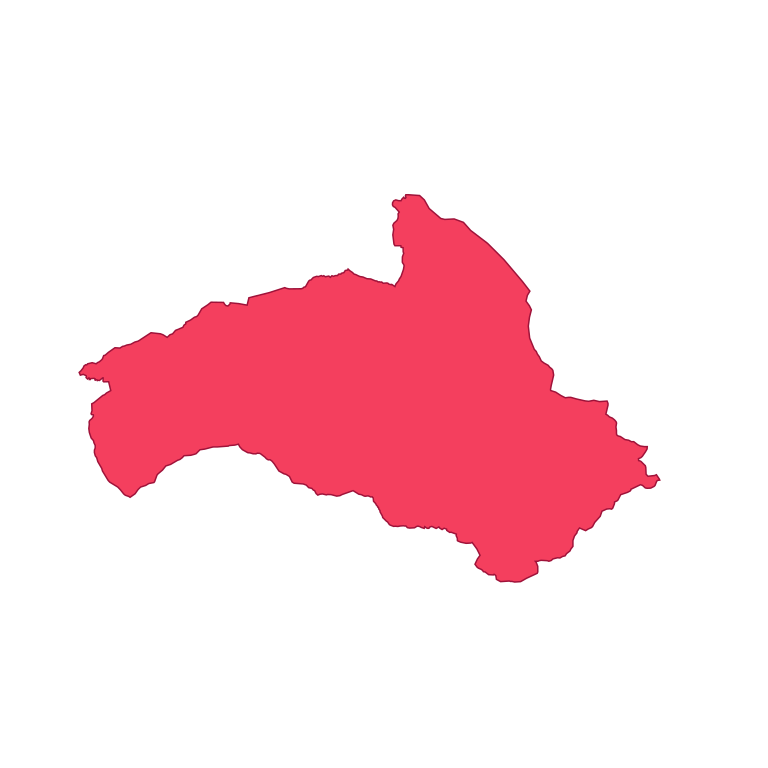 Frasin, Suceava, Romania (Albers equal-area conic projection), rotated 109°
{"feature_id": "2599482B18485783850003", "entity_name": "Frasin", "entity_type": "district", "adm_level": 2, "iso_a3": "ROU", "parent_name": "Romania", "parent_adm1": "Suceava", "projection": "albers", "projection_center": [25.81, 47.509], "detail": "fine", "context": "isolated", "style": "filled", "palette": "rose", "viewbox_px": 768, "rotation_deg": 109, "n_neighbors": 0, "source": "geoboundaries", "source_scale": "gbopen_adm2", "svg_char_len": 6162}
<svg xmlns="http://www.w3.org/2000/svg" viewBox="0 0 768 768"><g transform="rotate(109 384 384)"><path d="M573.8,587.2L568.8,583.6L563.9,582.2L560.7,580.6L557.5,576.3L554.7,574.0L552.1,569.5L551.0,569.1L544.1,569.0L542.5,568.4L537.5,565.4L532.5,563.6L529.5,559.6L523.4,554.4L521.8,552.4L519.4,550.8L516.9,549.7L514.3,543.5L512.2,540.4L511.1,539.0L506.1,536.6L503.9,532.3L499.2,525.2L497.8,521.2L493.4,511.0L492.6,510.3L490.3,505.1L488.3,502.1L490.5,499.7L492.2,496.5L493.1,491.6L493.3,490.3L492.8,488.5L492.6,485.1L491.7,482.3L490.7,481.3L490.1,479.2L490.1,478.2L491.9,472.8L493.0,470.8L493.4,468.8L492.7,467.0L493.5,464.6L495.3,461.7L500.5,455.0L501.5,449.3L501.3,447.3L502.2,443.3L506.6,438.9L507.1,436.7L504.8,427.8L504.9,424.5L506.5,421.5L506.2,418.2L507.3,416.3L507.4,414.9L509.7,412.5L510.6,410.4L509.1,408.7L508.0,406.4L507.6,402.4L506.8,401.3L505.8,398.0L505.4,392.2L503.9,389.3L502.1,387.6L494.9,378.5L496.4,372.0L496.0,369.4L496.4,366.2L496.2,365.1L494.9,362.6L495.1,359.7L494.5,358.5L495.3,357.1L498.3,355.7L499.8,352.9L500.8,352.0L501.8,350.2L502.4,349.9L502.5,349.1L504.0,348.1L504.8,346.8L506.3,346.0L509.3,342.6L510.7,341.7L513.0,336.9L513.2,335.8L515.2,333.1L515.4,331.9L515.5,328.6L514.8,327.0L514.2,324.5L513.0,322.5L511.7,319.4L511.6,318.4L511.1,317.1L512.2,315.1L511.9,312.9L510.0,308.3L508.0,306.7L507.3,305.6L507.2,303.3L507.5,302.2L507.4,299.0L505.6,299.0L506.3,296.8L506.2,295.4L505.7,294.5L504.3,294.1L503.3,292.8L503.1,292.0L503.6,287.7L501.3,285.6L502.1,284.4L502.7,281.7L500.8,280.2L500.9,277.5L502.0,277.0L502.9,273.6L502.3,272.1L502.4,266.7L503.9,266.4L505.9,264.5L508.2,263.6L508.4,263.0L508.6,259.9L507.9,254.5L506.1,250.1L505.1,249.1L509.7,242.5L514.7,237.4L519.1,238.7L524.8,239.3L526.9,236.3L527.4,234.7L527.6,231.9L528.1,230.2L529.1,228.9L528.8,227.2L530.2,223.0L528.9,218.4L528.3,218.2L528.1,217.5L528.9,215.8L532.1,214.1L532.9,209.4L529.5,201.4L529.5,200.0L529.0,198.8L528.7,196.0L526.4,190.5L521.3,186.0L513.1,177.5L511.6,177.4L506.3,179.3L503.0,182.1L502.4,183.1L501.5,180.8L500.3,179.4L499.5,177.9L497.9,172.1L497.9,170.4L496.5,168.5L494.4,167.3L491.8,163.4L491.2,161.0L488.9,159.0L487.5,156.8L485.0,156.2L481.3,153.8L479.3,153.6L476.0,152.5L470.5,154.4L465.7,154.4L461.9,153.1L460.5,153.4L456.5,152.3L457.0,145.6L454.6,143.7L452.3,141.2L450.9,140.4L446.3,139.7L438.7,136.5L433.3,136.5L429.8,132.8L428.5,130.1L428.2,128.0L426.9,127.3L422.3,127.1L420.5,127.6L418.6,125.6L417.5,125.0L411.6,124.2L407.2,118.5L405.0,116.4L404.0,116.1L403.2,116.3L395.7,108.7L395.7,106.6L397.2,103.1L396.9,101.2L395.6,97.9L392.9,95.3L391.7,94.7L387.0,94.5L386.0,93.8L385.1,92.0L384.2,92.8L381.1,96.9L382.4,98.3L385.3,104.4L384.0,106.8L377.7,109.3L376.2,110.3L373.6,115.7L373.4,116.9L373.5,118.3L371.7,119.1L370.1,117.2L368.3,116.2L363.0,114.7L359.8,114.1L357.5,114.7L358.4,117.3L359.2,121.5L358.8,124.4L357.2,129.1L358.0,131.3L357.5,134.3L358.1,138.1L356.7,143.4L356.9,145.7L356.6,146.8L356.1,147.6L354.5,148.3L352.4,149.0L349.1,150.7L345.2,151.4L344.1,152.3L342.9,154.3L341.9,157.0L341.7,160.2L340.7,162.4L340.3,164.4L331.1,165.3L329.4,165.9L327.5,167.5L330.5,174.6L331.1,180.3L333.7,184.8L334.5,188.3L335.5,197.2L335.8,203.0L336.6,205.3L338.0,208.1L337.3,213.0L335.8,219.0L335.9,224.3L334.8,224.8L331.0,225.4L320.3,226.5L316.1,228.8L315.0,230.4L314.2,232.8L312.9,234.8L312.1,239.4L311.0,242.8L307.6,246.1L305.7,248.8L303.7,250.6L302.3,253.2L293.2,261.2L282.3,266.4L273.4,268.2L265.9,268.8L262.7,272.0L259.4,276.7L253.5,277.3L248.7,276.3L242.0,286.5L227.4,311.1L217.3,331.9L210.6,352.1L205.3,361.5L205.1,371.4L208.6,380.1L209.0,384.2L203.4,398.4L196.8,405.8L194.2,411.7L197.2,422.9L198.0,425.0L199.2,425.0L200.4,424.0L201.5,424.2L201.7,425.0L201.0,426.2L203.4,427.3L205.2,427.6L205.9,429.9L206.1,432.8L207.7,434.5L209.9,434.9L211.9,434.3L213.1,433.0L213.4,431.0L216.5,425.6L218.6,426.1L220.6,425.2L222.9,424.7L225.2,425.0L228.7,427.0L231.0,427.3L234.7,425.2L240.1,424.2L248.5,420.1L249.7,418.7L247.8,413.1L249.2,412.3L248.9,410.3L252.8,408.9L254.0,407.9L257.8,408.0L262.1,406.6L263.2,406.1L264.5,404.4L265.6,403.5L269.4,402.9L276.7,402.9L279.8,403.7L281.7,403.8L285.6,405.3L288.3,405.4L287.3,409.1L287.7,409.3L288.0,412.0L287.5,412.9L287.5,414.1L289.0,417.6L288.3,419.4L288.7,419.9L288.9,421.7L289.4,422.8L288.9,424.4L289.3,425.6L289.0,430.7L290.0,434.4L289.7,438.7L290.2,441.6L290.1,443.4L289.7,446.5L289.9,447.8L288.8,450.2L288.0,453.2L287.0,455.4L288.1,455.5L289.3,457.6L291.8,458.2L293.2,460.4L294.2,460.6L294.8,462.6L296.6,463.3L297.4,465.4L298.6,466.7L298.6,468.5L300.6,469.5L299.9,471.3L301.7,474.4L301.2,476.2L302.1,477.0L301.9,478.6L303.8,481.0L304.1,482.7L306.3,485.5L309.5,487.0L310.1,488.1L311.2,488.7L317.6,489.9L318.7,491.4L320.0,492.0L320.9,493.3L324.9,504.5L325.3,507.4L325.2,509.2L335.0,522.3L346.4,539.8L354.0,539.1L355.3,547.6L357.3,555.8L358.6,555.7L361.1,557.0L361.3,559.0L360.6,560.5L359.1,562.3L363.0,574.2L366.5,576.4L372.2,580.8L379.8,582.3L381.3,583.2L382.6,585.0L386.6,587.8L390.2,591.5L391.6,591.0L393.5,592.3L395.9,592.6L401.2,598.6L405.4,600.2L407.1,602.4L410.5,604.2L409.4,608.9L409.3,611.7L411.4,621.0L423.5,630.4L425.5,633.3L428.9,636.4L430.9,639.9L432.7,641.9L433.5,643.4L436.0,645.4L437.3,650.2L443.8,654.9L447.5,657.0L448.4,658.3L451.7,658.4L453.0,658.8L455.7,660.4L456.9,661.7L458.6,662.8L458.9,666.9L461.4,670.8L462.3,671.1L462.8,671.5L462.9,672.3L464.5,673.5L466.8,673.7L470.3,674.9L472.3,676.0L474.5,674.0L472.8,671.5L473.1,668.4L473.9,667.8L474.9,667.8L475.8,665.9L474.3,665.0L474.7,664.2L475.7,664.0L475.4,663.2L474.5,663.3L473.0,659.9L473.2,658.8L474.2,658.7L474.4,658.2L473.7,657.5L473.6,656.7L474.1,656.2L473.6,655.8L473.3,654.2L469.8,652.0L469.7,651.5L472.8,650.6L473.2,649.7L471.5,645.1L479.2,640.2L482.9,643.5L485.0,644.6L486.4,646.2L496.1,652.2L497.9,653.9L504.3,651.4L507.5,651.3L508.1,650.6L507.8,648.8L509.0,648.3L511.6,648.8L514.3,650.4L515.8,650.5L518.1,649.5L522.2,648.6L525.8,646.8L530.4,643.3L532.1,640.3L534.0,639.1L536.2,637.0L538.7,636.2L540.7,636.3L543.1,635.5L545.9,633.6L547.2,631.7L550.6,629.3L555.7,623.4L557.9,621.9L565.0,613.4L566.1,611.3L568.1,602.2L569.9,598.7L572.7,594.3L573.4,592.4L573.4,588.7L573.8,587.2Z" fill="#f43f5e" stroke="#9f1239" stroke-width="1.5"/></g></svg>